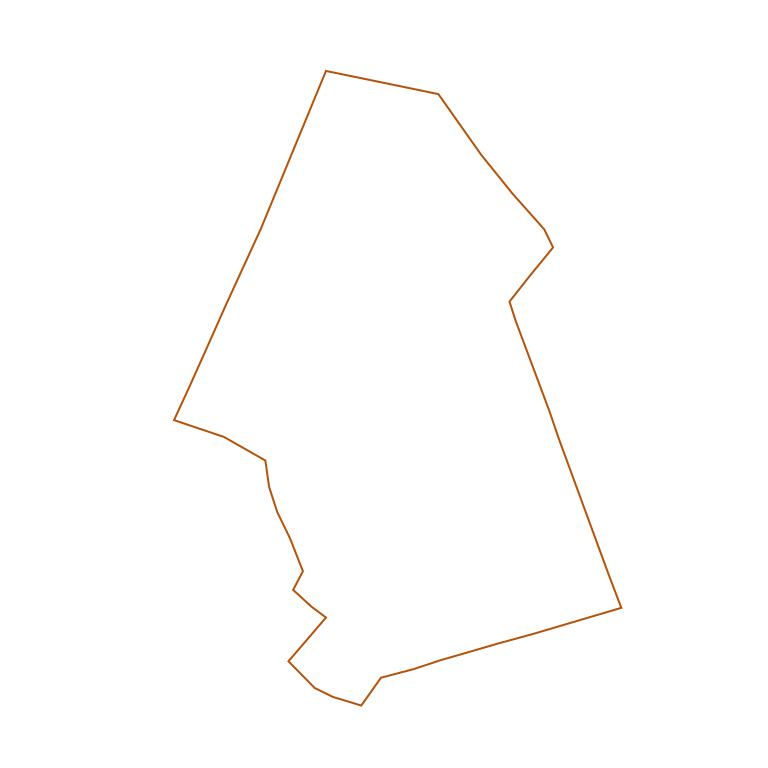 outline of Iguaba Grande, Rio de Janeiro, Brazil, rotated 174°
{"feature_id": "56859067B51771199201484", "entity_name": "Iguaba Grande", "entity_type": "district", "adm_level": 2, "iso_a3": "BRA", "parent_name": "Brazil", "parent_adm1": "Rio de Janeiro", "projection": "natural_earth1", "projection_center": [-42.216, -22.83], "detail": "fine", "context": "isolated", "style": "outline", "palette": "amber", "viewbox_px": 768, "rotation_deg": 174, "n_neighbors": 0, "source": "geoboundaries", "source_scale": "gbopen_adm2", "svg_char_len": 629}
<svg xmlns="http://www.w3.org/2000/svg" viewBox="0 0 768 768"><g transform="rotate(174 384 384)"><path d="M263.4,601.8L299.6,666.6L409.0,701.4L490.2,551.3L533.8,477.7L555.3,440.4L577.1,402.8L596.6,370.0L548.6,348.0L510.0,320.3L509.0,293.5L503.6,267.9L493.6,240.3L484.2,206.3L495.9,188.7L479.5,170.2L466.1,157.8L508.0,118.2L484.8,89.0L467.7,78.2L440.2,66.6L417.7,92.2L384.2,97.4L356.7,103.4L327.5,108.6L298.9,113.8L260.0,120.2L171.4,136.6L180.8,172.2L216.1,312.3L222.4,340.0L246.3,432.4L250.6,452.8L227.5,476.5L201.6,502.1L208.4,520.9L219.8,536.9L236.2,559.7L263.4,601.8Z" fill="none" stroke="#b45309" stroke-width="2"/></g></svg>